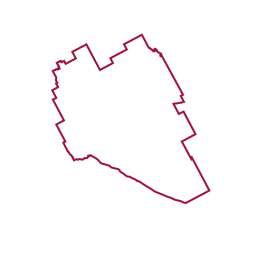 the district of Boddington, Western Australia, Australia, rotated 152°
{"feature_id": "25037944B46034099777028", "entity_name": "Boddington", "entity_type": "district", "adm_level": 2, "iso_a3": "AUS", "parent_name": "Australia", "parent_adm1": "Western Australia", "projection": "robinson", "projection_center": [116.4, -32.792], "detail": "fine", "context": "isolated", "style": "outline", "palette": "rose", "viewbox_px": 256, "rotation_deg": 152, "n_neighbors": 0, "source": "geoboundaries", "source_scale": "gbopen_adm2", "svg_char_len": 4283}
<svg xmlns="http://www.w3.org/2000/svg" viewBox="0 0 256 256"><g transform="rotate(152 128 128)"><path d="M85.5,34.6L85.5,71.9L86.3,71.2L86.7,70.9L86.8,90.8L83.3,90.8L71.3,90.9L71.3,114.3L71.2,116.4L76.5,116.5L76.5,128.0L75.7,127.8L72.8,126.6L70.0,125.8L68.6,125.2L68.3,125.1L68.1,125.1L66.9,125.1L66.6,125.0L66.4,124.9L66.3,131.6L63.8,131.6L64.3,176.1L64.9,176.1L65.0,176.0L65.3,176.0L65.5,176.1L65.6,176.3L65.6,176.5L65.4,176.7L65.2,176.9L65.1,177.0L64.9,177.2L64.8,177.5L64.7,177.7L64.6,177.8L64.4,177.9L64.3,178.0L64.1,177.9L64.1,178.0L64.0,178.3L64.0,178.5L64.3,178.8L64.6,179.0L64.8,179.0L65.0,179.1L65.1,179.4L65.2,179.6L65.3,179.9L65.3,180.0L65.4,180.3L65.5,180.4L66.0,180.8L66.2,181.3L66.3,181.8L66.3,182.0L66.1,182.5L66.1,182.8L66.2,183.0L66.2,183.3L66.1,183.5L66.4,184.0L66.4,184.3L66.6,184.7L66.6,184.8L66.7,185.0L66.9,185.3L67.0,185.3L67.4,185.4L67.5,185.3L67.6,185.2L67.8,184.7L67.8,184.4L67.7,184.1L67.7,183.9L67.6,183.7L67.9,183.5L68.0,183.4L68.4,183.3L68.7,183.4L69.0,183.5L69.3,183.6L69.5,183.6L69.6,183.8L69.7,184.1L69.7,184.3L69.6,184.5L69.6,184.8L70.0,185.6L70.3,186.1L70.4,186.3L70.5,186.3L70.8,186.6L70.9,187.0L70.8,187.4L70.8,187.6L70.8,187.8L71.1,188.1L71.4,188.4L71.4,188.5L71.7,188.9L72.0,189.1L72.0,193.8L72.0,203.8L79.6,203.8L86.7,203.8L92.2,203.8L92.2,197.9L100.0,197.9L110.8,197.9L110.8,192.4L125.5,192.4L125.5,221.4L141.4,221.4L141.4,213.9L152.9,213.9L152.9,217.2L154.7,217.2L154.7,217.3L155.8,217.3L155.8,218.7L157.2,218.7L157.2,219.0L158.1,219.0L160.3,219.0L160.3,216.8L160.1,216.8L160.1,214.7L160.5,214.7L160.5,212.6L162.3,212.6L162.3,213.4L164.6,213.4L164.6,213.6L167.7,213.6L167.7,211.1L167.6,206.5L167.6,206.3L168.2,205.4L168.6,205.0L169.2,204.1L169.2,201.1L170.7,201.1L170.7,200.2L170.5,196.9L177.2,196.9L177.2,195.3L177.2,188.3L181.0,188.3L181.0,164.8L189.7,164.8L189.7,145.5L192.0,145.5L192.2,135.6L191.9,135.6L191.7,134.7L191.5,131.6L190.8,130.5L190.8,129.4L190.5,128.2L190.8,128.2L190.8,126.0L190.9,124.8L190.7,124.8L190.3,125.1L190.2,125.1L189.8,125.0L189.4,124.8L189.3,124.7L189.1,124.7L188.7,124.8L188.4,124.7L188.0,124.3L187.8,124.2L187.6,124.0L187.5,123.9L187.2,123.6L186.9,123.4L186.7,123.4L186.4,123.4L186.1,123.5L185.8,123.5L185.7,123.5L185.5,123.4L185.4,123.3L185.0,123.1L184.9,122.9L184.7,122.7L184.3,122.5L184.2,122.4L183.8,122.0L183.6,121.8L183.4,121.6L183.2,121.5L182.9,121.5L182.7,121.5L182.4,121.4L182.1,121.4L181.9,121.4L181.8,121.5L181.7,121.5L181.2,121.8L180.8,121.8L180.5,121.8L180.2,121.6L179.8,121.3L179.7,121.3L179.6,121.2L179.4,121.3L179.1,121.2L178.9,121.1L178.7,121.1L178.2,120.8L177.9,120.8L177.7,120.8L177.1,121.1L176.8,121.4L176.7,121.4L176.7,121.5L176.5,122.0L176.4,122.1L176.1,122.3L175.9,122.3L175.8,122.2L175.7,122.1L175.6,121.9L175.6,121.7L175.4,121.6L175.2,121.5L175.1,121.4L174.9,121.3L174.7,121.4L174.6,121.6L173.9,121.6L173.5,120.9L173.1,120.3L170.9,116.9L170.5,116.2L169.9,115.1L169.7,114.6L169.6,114.3L169.5,114.0L168.7,110.7L168.6,110.3L168.5,110.1L168.4,109.8L168.1,109.5L167.8,109.0L167.6,108.8L163.5,104.8L162.9,104.2L162.6,103.9L162.3,103.5L162.1,103.3L162.0,103.0L161.8,102.6L161.5,101.7L161.3,101.3L161.2,101.1L160.9,100.7L160.6,100.3L160.2,100.0L156.9,97.1L156.2,96.5L155.7,95.9L155.5,95.5L155.4,95.3L155.3,95.1L155.3,94.9L155.3,94.7L155.4,94.0L155.4,93.7L155.4,93.3L155.3,93.1L154.5,91.4L154.3,91.2L154.2,91.0L154.0,90.7L153.8,90.5L153.6,90.2L153.2,89.2L152.6,87.7L152.4,87.2L151.8,86.2L151.5,85.8L151.3,85.5L151.0,85.3L150.7,85.0L149.8,84.5L149.6,84.3L149.4,84.1L149.2,84.0L149.1,83.8L149.0,83.6L148.9,83.5L148.7,83.0L148.7,82.9L147.7,81.6L145.9,79.2L145.6,78.9L145.5,78.7L145.2,78.3L145.1,78.1L144.9,77.6L144.9,77.2L144.5,76.7L144.3,76.5L143.6,76.1L143.4,75.9L143.2,75.5L143.2,75.4L142.0,73.4L141.8,73.1L141.2,71.7L140.9,71.2L139.4,68.6L139.2,68.2L137.9,66.2L137.1,64.9L136.7,64.2L135.9,62.7L134.9,60.8L134.0,59.2L133.9,59.0L133.7,58.8L131.8,56.5L130.9,55.4L129.9,54.3L128.8,53.0L127.1,50.9L126.1,49.6L124.9,48.2L124.6,47.9L124.0,47.3L123.0,46.4L122.8,46.1L121.9,44.8L121.7,44.5L121.4,44.1L121.0,43.5L120.7,43.2L119.6,42.0L119.4,41.8L118.2,40.9L118.0,40.7L117.5,40.2L116.7,39.5L116.5,39.4L115.6,38.3L115.4,38.1L114.9,37.6L114.6,37.3L114.6,37.2L114.4,36.8L114.3,36.6L114.1,36.3L113.9,36.1L113.7,35.9L112.8,35.2L112.2,34.6L85.5,34.6Z" fill="none" stroke="#9f1239" stroke-width="2"/></g></svg>